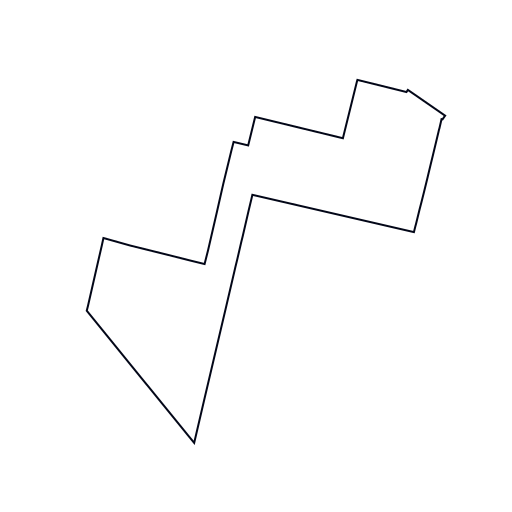 the district of Almirante Brown, Chaco, Argentina, rotated 283°
{"feature_id": "61730980B31934399065102", "entity_name": "Almirante Brown", "entity_type": "district", "adm_level": 2, "iso_a3": "ARG", "parent_name": "Argentina", "parent_adm1": "Chaco", "projection": "mercator", "projection_center": [-61.764, -25.756], "detail": "fine", "context": "isolated", "style": "outline", "palette": "ink", "viewbox_px": 512, "rotation_deg": 283, "n_neighbors": 0, "source": "geoboundaries", "source_scale": "gbopen_adm2", "svg_char_len": 1398}
<svg xmlns="http://www.w3.org/2000/svg" viewBox="0 0 512 512"><g transform="rotate(283 256 256)"><path d="M314.8,404.5L321.0,404.6L323.1,404.7L338.3,404.9L345.7,405.1L356.1,405.3L363.5,405.4L371.1,405.5L371.5,405.5L373.1,405.5L385.4,405.6L393.2,405.7L417.4,405.9L420.4,405.9L421.7,406.0L422.1,406.0L431.1,406.0L431.1,407.0L435.3,408.7L435.5,408.1L452.0,366.6L449.6,365.7L449.7,360.4L450.4,315.2L449.0,315.1L391.1,314.2L390.3,314.2L391.1,242.2L391.3,223.9L362.0,223.5L362.0,223.4L362.1,208.5L361.5,208.5L353.2,208.3L320.3,207.9L318.4,207.9L314.9,207.9L314.7,207.9L314.3,207.9L289.2,208.0L286.9,208.0L282.9,208.0L250.9,208.0L236.6,207.7L236.8,192.4L237.3,168.2L237.9,130.9L239.2,103.3L231.3,103.4L215.2,103.4L169.4,103.5L165.0,103.4L164.6,103.4L111.9,171.0L106.0,178.6L105.9,178.8L91.4,197.4L77.1,215.8L66.5,229.4L60.0,237.8L107.4,237.9L197.0,238.3L236.0,238.4L241.3,238.4L248.4,238.5L255.7,238.5L261.9,238.5L263.8,238.5L265.0,238.5L266.4,238.5L272.1,238.6L276.3,238.6L284.6,238.6L288.8,238.6L298.8,238.6L310.0,238.7L313.9,238.7L314.8,238.7L314.8,251.5L314.8,269.9L314.8,285.7L314.8,288.5L314.8,290.0L314.8,291.6L314.8,292.3L314.8,298.5L314.8,315.4L314.8,320.0L314.8,321.6L314.8,326.8L314.8,332.1L314.8,333.2L314.8,334.7L314.8,334.8L314.8,335.3L314.8,335.7L314.8,355.0L314.8,361.7L314.8,364.4L314.8,376.8L314.8,386.3L314.8,393.0L314.8,404.5Z" fill="none" stroke="#020617" stroke-width="2"/></g></svg>